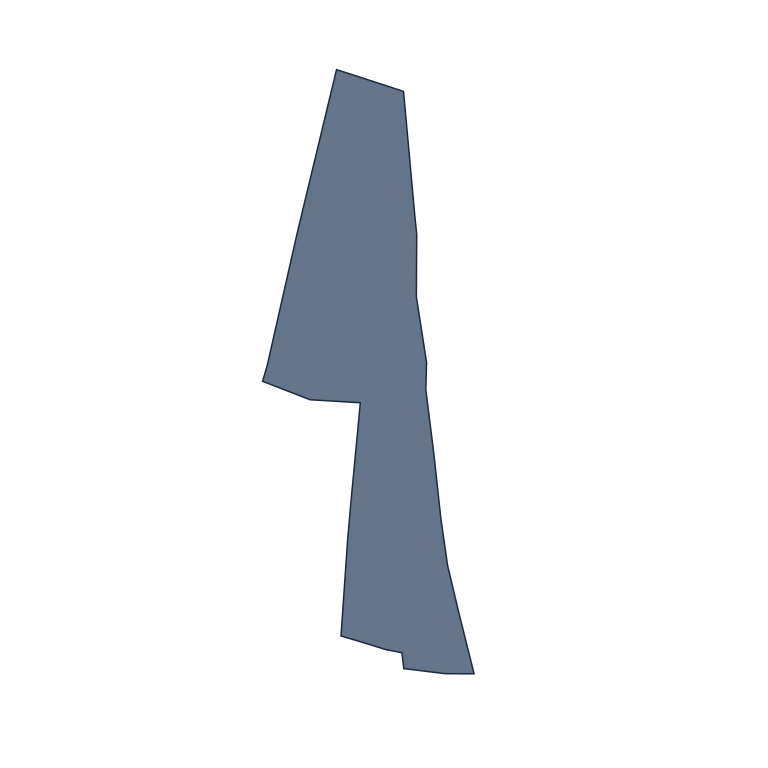 Vaiaku, Tuvalu (Equal Earth projection), rotated 150°
{"feature_id": "33948139B90753952930446", "entity_name": "Vaiaku", "entity_type": "district", "adm_level": 2, "iso_a3": "TUV", "parent_name": "Tuvalu", "parent_adm1": "", "projection": "equal_earth", "projection_center": [179.194, -8.526], "detail": "fine", "context": "isolated", "style": "filled", "palette": "slate", "viewbox_px": 768, "rotation_deg": 150, "n_neighbors": 0, "source": "geoboundaries", "source_scale": "gbopen_adm2", "svg_char_len": 505}
<svg xmlns="http://www.w3.org/2000/svg" viewBox="0 0 768 768"><g transform="rotate(150 384 384)"><path d="M450.9,88.0L432.9,150.7L419.6,195.2L402.0,239.1L375.4,299.4L350.6,358.2L336.4,381.3L312.4,443.2L297.9,468.1L281.0,496.9L274.2,512.1L220.8,627.6L230.5,638.5L267.9,680.0L384.0,557.8L475.9,458.4L487.8,447.0L455.9,407.3L413.9,379.6L474.7,294.0L493.1,267.7L547.2,187.3L528.2,167.1L515.2,153.0L502.8,142.3L509.2,127.6L475.5,102.3L450.9,88.0Z" fill="#64748b" stroke="#1e293b" stroke-width="1.5"/></g></svg>